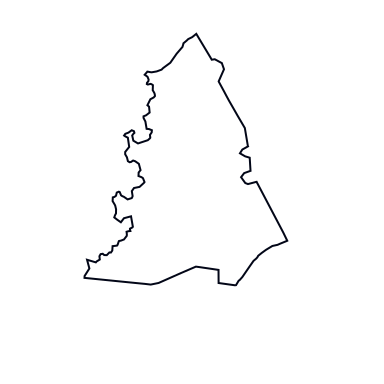 Niamina West, Central River, Gambia, rotated 125°
{"feature_id": "56634734B81557661921178", "entity_name": "Niamina West", "entity_type": "district", "adm_level": 2, "iso_a3": "GMB", "parent_name": "Gambia", "parent_adm1": "Central River", "projection": "orthographic", "projection_center": [-15.252, 13.578], "detail": "fine", "context": "isolated", "style": "outline", "palette": "ink", "viewbox_px": 384, "rotation_deg": 125, "n_neighbors": 0, "source": "geoboundaries", "source_scale": "gbopen_adm2", "svg_char_len": 2821}
<svg xmlns="http://www.w3.org/2000/svg" viewBox="0 0 384 384"><g transform="rotate(125 192 192)"><path d="M307.4,238.2L307.7,239.1L313.5,232.2L322.4,231.8L324.0,230.8L313.3,211.7L301.3,190.3L297.7,183.9L294.7,178.6L294.3,177.9L291.6,172.9L291.5,172.7L289.7,171.0L285.7,167.2L264.5,154.4L250.9,146.0L249.6,143.5L240.6,125.6L251.3,118.0L243.4,102.6L243.6,102.5L243.4,102.5L237.8,102.9L237.0,102.5L232.9,102.0L220.7,102.1L213.1,102.1L209.7,101.2L208.0,101.0L206.3,101.2L201.8,99.9L196.9,98.2L193.5,96.7L190.1,95.2L186.2,91.6L183.7,90.1L177.5,86.1L177.3,86.0L172.8,94.1L147.4,143.4L147.2,143.9L146.6,144.9L147.1,145.4L147.6,145.8L150.1,147.9L153.4,150.7L154.1,153.5L152.7,157.5L151.7,160.3L146.6,160.1L141.1,156.2L141.0,156.3L130.8,164.4L132.3,168.9L132.7,173.7L132.7,173.8L132.8,174.9L129.1,175.1L128.6,175.1L128.3,175.1L122.5,172.3L122.4,172.5L109.3,185.4L103.4,198.3L100.7,204.0L96.7,212.5L95.9,214.2L93.4,219.2L91.3,223.3L86.4,233.1L86.1,233.6L73.1,236.2L69.5,241.2L69.3,241.4L70.2,249.5L72.3,251.7L71.6,253.2L60.0,279.2L60.7,279.4L65.1,280.7L68.9,282.8L71.0,283.2L75.1,284.3L76.0,283.9L78.7,283.0L80.4,283.2L87.5,283.9L95.0,283.9L98.6,283.9L105.4,286.2L107.3,286.8L109.2,287.1L113.5,290.1L115.2,291.8L117.1,293.7L117.8,295.0L118.5,296.6L119.0,297.6L119.3,297.6L123.1,298.0L123.1,294.6L124.8,292.0L126.3,291.3L128.4,291.5L129.5,290.9L129.3,289.8L127.3,288.1L126.9,287.0L126.9,285.3L131.2,282.5L131.6,281.5L132.7,279.3L133.5,278.4L134.6,277.4L135.0,277.4L136.5,277.6L139.9,279.3L146.5,278.3L146.7,276.2L147.8,275.2L151.2,272.3L155.5,273.6L157.8,275.1L159.1,274.2L159.8,272.9L161.0,270.6L166.3,265.4L165.1,263.3L164.4,260.3L166.3,259.2L169.3,259.2L171.5,257.3L172.3,257.3L174.9,257.9L183.2,264.1L183.6,269.5L180.0,273.4L179.2,273.4L178.1,273.4L176.6,273.1L175.5,274.4L176.0,276.8L179.8,278.1L182.6,280.0L184.7,280.0L184.7,279.3L184.7,278.5L184.3,275.7L191.1,269.3L197.5,269.7L199.1,268.6L199.4,268.4L200.9,265.2L203.5,262.2L203.4,260.2L202.4,259.2L200.0,258.3L199.4,256.2L199.4,251.7L203.6,246.7L206.6,246.9L209.6,245.0L208.8,241.8L208.8,240.1L211.1,236.6L212.0,236.6L217.9,237.9L222.0,241.8L225.8,241.8L229.4,238.3L230.9,237.9L231.6,237.9L235.0,240.5L235.0,245.0L235.4,246.9L235.4,248.2L233.5,251.2L233.7,252.1L235.6,253.3L236.7,252.9L238.6,252.1L240.5,252.7L241.8,253.8L245.0,251.8L246.7,248.0L247.2,247.1L249.7,244.3L253.1,242.0L255.3,241.7L257.4,241.1L257.6,237.4L257.6,232.9L252.5,232.7L246.9,228.0L252.3,222.6L254.4,220.5L255.2,220.5L257.6,221.8L258.0,221.6L259.3,220.1L260.6,221.6L262.1,222.8L264.0,221.1L265.3,220.3L269.9,220.5L272.7,222.4L274.0,223.7L274.4,223.7L277.4,222.8L278.7,222.6L279.5,223.3L281.9,226.0L285.7,223.7L288.1,223.7L288.9,225.0L292.6,225.6L294.0,227.7L293.8,229.7L295.3,231.2L297.7,231.0L300.2,228.8L303.6,230.3L304.8,230.4L307.4,238.2Z" fill="none" stroke="#020617" stroke-width="2"/></g></svg>